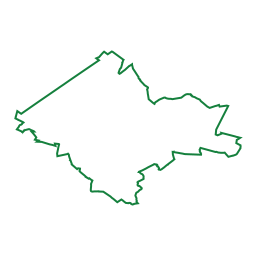 Rožupes pag., Livanu, Latvia (Natural Earth projection)
{"feature_id": "27541924B72516040317881", "entity_name": "Rožupes pag.", "entity_type": "district", "adm_level": 2, "iso_a3": "LVA", "parent_name": "Latvia", "parent_adm1": "Livanu", "projection": "natural_earth1", "projection_center": [26.351, 56.366], "detail": "fine", "context": "isolated", "style": "outline", "palette": "green", "viewbox_px": 256, "rotation_deg": 0, "n_neighbors": 0, "source": "geoboundaries", "source_scale": "gbopen_adm2", "svg_char_len": 5321}
<svg xmlns="http://www.w3.org/2000/svg" viewBox="0 0 256 256"><path d="M91.1,191.2L92.1,191.6L92.4,191.6L94.5,191.4L96.9,191.4L98.6,191.3L98.7,191.5L103.3,191.7L110.6,196.6L111.7,197.7L113.5,199.0L117.3,202.2L121.4,199.5L122.7,200.4L122.8,200.5L124.1,201.6L125.8,202.9L128.5,203.2L129.0,202.9L129.6,202.9L130.6,203.1L130.9,203.6L131.4,204.1L132.3,204.4L132.7,204.5L132.8,204.5L133.1,204.3L133.4,204.2L133.6,204.2L133.9,204.1L134.0,203.9L134.4,203.8L137.8,203.3L137.3,202.7L136.7,202.2L136.5,201.7L136.8,201.0L136.8,200.8L136.4,199.8L136.4,199.4L136.5,198.8L136.5,198.5L136.4,197.9L135.6,196.2L135.5,195.7L135.4,195.4L135.5,195.1L136.1,193.3L136.2,193.1L136.3,192.8L136.5,192.6L137.1,192.3L137.8,191.9L138.0,191.8L138.2,191.6L139.1,190.6L139.5,190.2L140.1,189.8L141.0,189.4L141.3,189.1L141.7,188.7L141.7,188.4L141.7,188.2L141.6,187.9L141.4,187.7L141.0,187.4L139.7,186.2L139.4,186.0L139.2,186.1L138.0,185.7L137.8,185.5L137.7,185.4L137.6,185.1L137.6,184.7L137.6,184.4L137.7,184.2L137.8,184.0L138.0,183.5L138.0,183.2L137.9,183.1L137.5,182.5L137.5,182.4L137.5,182.2L138.0,181.8L138.2,181.6L140.0,180.8L143.3,179.1L143.6,178.9L143.6,178.6L143.5,177.9L143.5,177.7L143.6,177.0L143.6,176.3L143.4,175.7L142.9,174.9L142.6,174.5L142.3,174.2L142.0,174.1L140.8,173.5L140.6,173.4L139.9,172.5L139.6,172.2L139.4,172.1L139.2,172.0L138.8,172.0L138.9,171.8L142.3,170.4L146.2,168.4L148.1,167.3L149.3,166.7L153.9,164.4L154.0,164.3L154.2,164.1L154.5,164.2L155.9,164.4L156.6,164.5L156.9,164.6L157.0,164.7L157.1,164.8L156.7,165.5L157.3,166.4L157.5,166.4L157.9,166.4L158.0,166.4L159.0,168.1L159.0,168.3L158.6,169.3L158.7,169.5L158.8,169.6L159.0,169.6L159.6,169.6L159.8,169.7L160.3,169.9L161.7,169.2L162.6,168.5L164.1,167.4L166.1,165.7L166.3,165.5L167.3,164.8L168.0,164.5L168.0,164.4L167.9,164.3L172.9,160.5L174.4,159.2L174.2,158.9L174.0,158.6L173.8,157.8L172.9,154.6L172.7,151.9L173.3,152.0L173.5,151.9L173.5,152.0L174.9,152.3L175.0,152.3L176.1,152.5L178.1,152.8L180.1,153.2L182.6,153.6L184.3,154.0L185.1,154.1L187.5,154.2L195.5,154.5L201.0,154.7L201.1,154.1L200.6,152.7L200.3,152.3L200.0,152.0L199.8,151.6L199.8,150.8L199.9,150.7L199.6,149.8L199.7,149.7L200.5,147.9L215.5,152.0L216.3,151.8L218.2,152.5L221.0,152.8L223.7,152.8L224.7,152.6L226.4,154.6L226.5,154.7L228.4,156.8L232.9,155.6L233.0,155.7L235.8,154.7L236.0,154.6L236.9,153.9L239.1,150.4L240.2,148.6L240.4,148.4L240.4,147.9L240.6,146.7L240.5,145.3L239.5,144.8L236.3,143.1L236.8,139.9L238.4,139.0L240.2,137.8L239.7,137.7L237.7,137.1L236.5,136.9L235.0,136.4L221.4,132.9L221.7,133.6L217.6,135.3L215.7,134.5L216.0,131.5L216.2,129.6L228.2,106.0L226.8,105.6L219.6,106.6L219.0,104.9L216.4,105.8L215.4,106.0L209.7,107.9L207.3,106.6L203.0,102.9L202.5,102.5L200.9,101.2L200.4,100.5L199.8,99.6L196.7,98.3L194.9,97.2L192.6,96.5L192.3,96.4L192.3,96.1L192.0,95.7L191.8,95.7L191.4,95.6L191.2,95.5L191.1,95.4L191.2,95.2L191.3,95.0L191.2,94.9L191.1,94.7L190.7,94.3L190.6,94.2L190.2,94.2L189.2,94.3L188.7,94.2L187.8,94.1L187.3,94.1L186.0,94.4L185.2,94.8L184.1,95.5L183.2,96.2L181.5,97.5L181.4,97.6L181.1,97.7L172.7,99.1L172.0,99.1L171.4,98.9L170.4,98.8L169.2,98.8L168.2,98.7L167.2,98.5L166.2,98.2L165.6,97.9L165.2,97.6L164.1,97.6L163.4,97.9L159.8,99.4L159.5,99.6L159.0,99.8L156.8,101.4L156.2,101.7L155.1,102.5L154.7,103.3L154.6,103.7L154.5,103.9L154.0,103.6L152.7,102.6L148.7,99.2L148.5,97.8L148.2,96.0L148.2,95.8L147.8,93.8L147.6,91.6L147.1,89.4L147.3,89.3L147.4,89.1L147.8,88.3L148.0,87.9L148.0,87.5L147.5,87.1L144.3,85.0L144.2,84.8L143.4,83.9L141.0,81.4L140.9,81.3L140.5,80.5L140.1,80.4L140.1,80.2L140.1,79.7L139.9,79.3L139.7,79.2L139.0,78.8L138.6,78.2L138.5,77.9L138.5,77.0L138.5,76.9L137.9,76.1L137.6,75.7L134.9,71.5L132.9,68.5L132.9,68.2L132.0,64.6L132.0,64.3L129.4,66.0L129.2,66.0L125.8,69.1L125.2,69.7L123.0,71.3L120.5,73.3L119.5,73.8L118.6,73.0L118.6,72.7L119.5,70.1L119.9,69.0L120.5,68.3L121.1,67.7L122.0,64.5L122.5,62.5L122.4,62.4L122.6,62.2L123.2,60.1L123.5,59.8L112.7,51.9L111.8,51.5L107.7,54.3L104.1,51.7L103.0,52.7L101.8,54.0L99.0,57.2L98.1,57.5L96.3,58.3L99.0,60.3L97.5,61.3L83.1,71.1L70.1,80.0L63.5,84.6L59.8,87.1L58.1,88.3L38.3,101.9L21.2,113.8L17.3,111.1L15.9,116.4L15.8,116.5L15.8,117.1L15.7,117.2L15.4,118.4L18.1,119.7L18.1,119.8L20.6,120.9L20.7,121.0L23.3,122.3L23.5,122.5L22.9,122.9L22.5,123.1L22.3,123.3L22.0,124.0L21.7,124.3L21.4,124.5L21.1,124.7L20.5,124.8L20.0,125.0L19.7,125.3L19.5,125.5L19.2,125.9L18.7,127.0L17.8,128.1L16.9,129.4L18.2,129.9L21.5,131.4L21.7,131.6L22.8,132.1L23.0,131.9L22.9,131.9L23.3,131.4L23.3,131.5L24.2,130.4L25.5,130.0L28.5,129.2L28.8,129.2L29.4,129.2L30.7,129.9L30.9,130.0L33.8,131.2L34.0,131.4L34.1,131.5L33.9,131.5L31.7,131.8L33.5,133.8L35.4,136.2L35.5,136.4L35.8,136.7L36.3,137.4L36.0,137.9L34.9,139.7L38.5,140.5L37.0,141.7L41.7,141.9L49.8,144.4L52.3,144.9L55.5,145.9L54.9,143.6L58.7,144.0L58.8,144.0L59.1,144.3L58.3,147.5L58.2,148.1L58.0,149.2L57.3,152.5L57.1,153.4L57.4,156.2L67.6,154.0L68.0,153.7L68.8,154.6L69.1,156.4L70.1,159.3L70.4,160.2L70.3,160.3L70.5,160.4L70.8,161.2L70.9,161.5L71.3,162.6L72.0,164.5L71.9,164.6L74.2,166.6L77.1,169.1L78.0,168.3L80.0,168.6L79.9,169.7L79.5,171.0L80.3,172.0L83.8,174.9L84.0,175.0L86.2,177.0L87.0,177.6L87.8,178.1L87.7,178.1L88.7,178.7L89.3,178.3L91.2,179.8L92.4,180.5L91.1,183.8L91.0,184.1L91.1,184.3L91.1,186.1L90.8,189.4L90.8,190.0L90.8,190.5L91.1,191.2Z" fill="none" stroke="#15803d" stroke-width="2"/></svg>